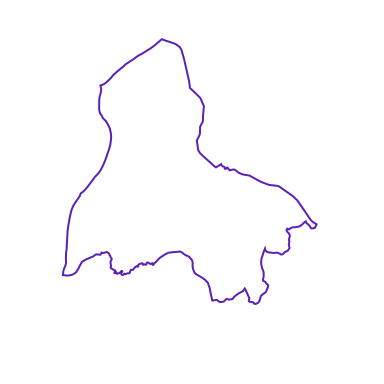 the district of Champasack, Champasak, Laos, rotated 204°
{"feature_id": "54806243B29706107619641", "entity_name": "Champasack", "entity_type": "district", "adm_level": 2, "iso_a3": "LAO", "parent_name": "Laos", "parent_adm1": "Champasak", "projection": "natural_earth1", "projection_center": [105.751, 14.847], "detail": "fine", "context": "isolated", "style": "outline", "palette": "violet", "viewbox_px": 384, "rotation_deg": 204, "n_neighbors": 0, "source": "geoboundaries", "source_scale": "gbopen_adm2", "svg_char_len": 5761}
<svg xmlns="http://www.w3.org/2000/svg" viewBox="0 0 384 384"><g transform="rotate(204 192 192)"><path d="M281.8,319.3L282.1,318.5L282.6,317.5L283.1,316.2L284.0,314.6L284.9,312.5L285.9,310.5L287.2,308.2L288.7,305.7L290.5,303.1L294.0,297.8L296.2,295.2L298.3,291.7L299.7,289.2L301.3,286.8L302.6,284.7L304.0,282.6L304.9,281.0L305.7,278.7L306.7,277.1L308.0,274.2L309.3,271.9L310.2,269.7L311.4,267.1L312.2,264.1L313.7,259.9L315.0,257.0L316.5,254.4L319.0,252.2L316.6,248.8L315.8,245.7L315.3,242.5L314.9,240.7L314.1,238.2L312.9,235.4L311.5,232.1L310.3,229.5L309.3,228.0L307.9,226.4L306.1,225.5L303.5,223.3L301.5,222.4L299.9,222.0L298.4,221.0L296.4,219.6L292.9,216.6L290.2,213.0L288.8,210.6L287.6,207.8L286.0,202.5L285.1,197.2L284.8,192.0L284.5,190.4L284.3,187.5L284.1,183.9L284.1,179.6L284.4,174.4L284.9,172.0L285.7,169.2L286.8,166.5L287.5,162.9L289.7,153.5L291.0,149.4L292.0,147.2L293.1,145.3L292.9,142.9L293.0,141.5L293.8,137.7L294.5,133.8L294.9,130.7L294.7,126.2L293.7,120.8L293.0,117.7L290.9,109.5L290.1,106.6L283.2,88.5L282.3,85.2L280.3,80.3L278.3,76.4L277.7,73.4L277.7,72.0L277.7,70.2L277.4,67.6L276.6,65.1L276.1,63.6L275.9,63.7L271.9,64.9L269.0,66.7L267.5,68.0L266.6,69.1L265.8,70.5L265.1,72.0L264.6,76.3L264.5,79.3L264.1,83.5L261.7,86.9L259.2,89.6L255.9,93.2L255.1,94.9L254.6,95.4L254.3,95.8L253.9,96.1L253.7,96.3L253.4,96.4L253.1,96.4L252.8,96.6L251.6,96.9L250.7,97.2L250.4,97.4L250.2,97.6L250.0,97.8L250.0,98.1L250.0,99.4L250.0,99.8L249.6,99.8L249.3,99.9L248.8,100.0L248.0,100.3L247.7,100.5L246.5,101.7L245.5,102.5L245.3,102.5L245.1,102.4L244.9,102.3L244.7,102.3L243.9,102.3L243.6,102.3L243.3,102.2L242.6,101.8L242.3,101.6L241.8,101.0L241.5,100.7L241.2,100.6L240.9,100.5L240.6,100.2L240.4,99.9L239.7,99.2L239.3,98.9L239.0,98.8L238.6,98.6L238.3,98.5L238.1,98.3L238.0,97.9L238.0,97.5L238.2,95.8L238.1,95.3L237.7,94.4L237.3,93.7L236.4,92.3L235.9,91.4L235.8,90.9L235.7,90.6L235.8,90.3L235.7,90.1L235.6,89.9L235.4,89.7L235.0,89.4L234.4,89.3L233.9,89.3L233.0,89.1L232.4,89.2L231.9,89.2L231.3,89.1L230.6,89.1L230.4,89.0L230.2,88.9L229.9,88.6L230.0,88.1L230.1,87.4L230.2,87.0L230.1,86.7L229.7,86.4L229.3,86.5L229.2,86.7L228.9,87.6L228.8,87.8L228.6,87.9L228.3,87.8L228.1,87.7L227.9,87.2L227.6,86.9L227.3,86.8L227.0,86.9L226.8,87.1L226.3,87.6L225.5,88.3L225.1,88.8L225.0,89.1L224.4,90.9L224.2,91.2L224.1,91.3L223.9,91.4L223.5,91.2L223.3,91.0L223.2,90.8L223.2,90.6L223.3,90.4L223.5,90.4L223.7,90.2L224.2,90.1L224.3,89.8L224.3,89.5L224.1,89.2L223.5,88.7L223.1,88.2L222.9,88.0L222.7,87.9L222.2,87.9L221.7,87.9L221.2,88.2L220.9,88.8L220.8,89.3L220.6,89.7L220.3,89.9L219.8,89.7L219.7,89.7L219.0,90.1L218.5,90.9L218.4,91.1L217.9,91.4L217.6,91.5L217.0,91.8L216.7,92.1L216.2,92.4L216.0,92.8L216.0,93.3L216.3,94.8L216.3,95.4L216.2,95.7L216.0,96.0L215.9,96.2L215.5,96.3L214.7,96.6L214.3,97.0L214.1,97.3L214.0,97.8L213.7,99.3L213.4,100.0L212.9,101.0L212.6,101.4L212.4,101.8L211.9,102.0L211.6,102.0L211.4,101.7L211.2,101.7L211.0,101.8L210.9,102.1L211.0,102.4L211.2,103.2L211.3,103.4L211.3,103.7L211.2,104.0L211.0,104.5L210.8,104.7L208.9,106.4L208.7,106.6L208.1,106.7L207.6,105.9L207.4,105.7L207.2,105.6L206.9,105.7L206.2,106.4L205.8,106.7L205.5,106.8L204.6,106.7L204.4,106.9L204.3,107.1L204.3,107.7L204.4,108.5L204.5,108.7L204.5,108.9L204.3,109.2L203.7,109.6L203.0,109.7L202.6,109.6L201.5,109.4L201.0,109.4L200.7,109.4L200.4,109.6L200.1,109.9L199.9,110.2L199.4,110.7L199.2,110.6L198.7,109.8L198.6,109.6L198.4,109.5L198.2,109.5L197.8,109.7L197.6,109.9L197.6,110.2L197.5,110.7L197.5,111.3L197.5,111.8L197.3,112.2L197.0,112.5L196.8,112.7L194.8,118.4L193.4,120.7L190.9,124.5L189.0,126.8L186.8,128.2L178.7,132.7L177.3,132.8L175.3,132.4L174.1,132.0L172.4,131.7L168.4,131.7L167.2,131.1L165.0,130.1L164.2,129.6L162.6,127.7L161.7,125.4L160.7,123.4L159.7,122.1L158.5,120.8L156.4,119.0L154.1,118.5L148.3,117.9L144.6,117.2L142.9,116.4L140.8,115.7L136.8,111.5L134.8,108.5L129.3,101.1L125.7,103.4L124.6,103.4L123.4,102.9L122.0,102.8L121.4,103.0L119.3,104.2L118.4,104.9L117.2,108.1L116.6,108.5L114.2,108.8L113.1,109.5L111.6,110.7L111.3,111.2L110.9,113.3L109.3,116.5L107.4,119.4L105.3,121.9L104.5,125.3L102.6,123.9L98.3,119.9L96.4,118.4L96.3,117.3L95.8,115.5L94.9,115.2L91.5,116.0L90.3,115.9L89.5,115.2L88.5,115.6L87.4,116.5L86.2,118.4L86.1,121.1L86.6,123.3L86.7,125.3L85.3,128.2L84.1,130.0L83.9,130.7L83.8,134.4L84.2,137.2L84.8,138.0L86.6,138.5L88.6,139.7L90.6,139.8L91.1,140.0L91.4,140.5L91.7,142.0L92.4,144.5L93.9,147.8L95.2,149.3L96.7,150.6L97.4,151.6L99.2,153.8L100.3,156.1L101.3,158.8L101.4,159.6L101.9,164.3L102.2,167.3L102.3,170.0L101.7,169.2L100.7,168.3L98.9,167.8L96.9,168.2L93.3,169.3L91.6,170.0L89.6,171.3L86.8,171.4L85.8,171.1L85.0,171.2L83.8,172.0L83.4,173.2L82.6,175.0L80.6,177.4L80.1,179.9L80.4,181.0L82.2,183.3L82.3,183.8L83.0,186.6L83.8,187.2L84.3,189.0L84.5,191.0L85.1,192.3L86.7,193.6L89.2,194.6L89.7,195.1L90.3,195.9L90.2,196.8L89.8,197.4L88.6,197.1L88.2,197.3L87.2,199.1L85.8,200.6L83.6,201.7L80.0,204.1L78.6,206.2L76.4,211.2L76.0,211.5L75.2,210.5L74.4,210.1L71.2,209.1L68.4,207.3L67.5,207.5L65.5,208.9L65.2,209.2L65.0,213.2L68.9,213.6L71.7,214.5L75.3,216.6L79.6,219.4L92.4,227.2L98.0,229.2L114.6,232.5L117.0,232.2L124.6,229.8L133.0,229.3L146.3,230.4L149.9,229.4L153.2,228.6L157.7,228.6L160.4,229.4L162.2,229.8L163.3,229.4L165.1,228.2L166.3,227.1L167.1,227.7L168.5,228.0L169.4,228.8L169.9,228.5L170.2,227.3L170.9,226.7L171.6,226.7L171.7,227.5L172.7,228.1L174.2,227.9L175.2,228.3L176.2,228.5L176.7,229.2L180.1,224.3L181.3,224.4L197.1,229.5L199.2,230.4L200.6,230.8L201.7,231.7L203.2,232.6L208.5,240.9L208.3,247.9L211.1,255.0L210.8,261.0L213.2,266.9L216.0,275.2L222.5,281.2L229.5,283.9L236.1,286.2L239.8,292.1L253.2,310.1L257.7,315.4L259.3,317.5L260.9,318.5L261.8,319.3L266.6,320.4L269.7,320.4L276.9,319.6L281.8,319.3Z" fill="none" stroke="#5b21b6" stroke-width="2"/></g></svg>